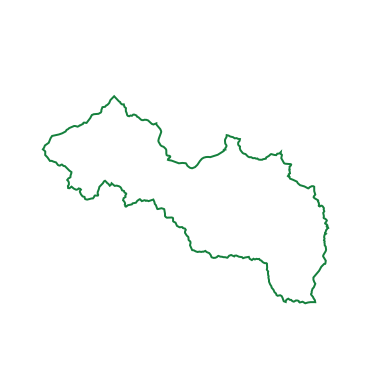 outline of Mae On, Chiang Mai, Thailand, rotated 111°
{"feature_id": "78962969B29655257456650", "entity_name": "Mae On", "entity_type": "district", "adm_level": 2, "iso_a3": "THA", "parent_name": "Thailand", "parent_adm1": "Chiang Mai", "projection": "albers", "projection_center": [99.293, 18.727], "detail": "fine", "context": "isolated", "style": "outline", "palette": "green", "viewbox_px": 384, "rotation_deg": 111, "n_neighbors": 0, "source": "geoboundaries", "source_scale": "gbopen_adm2", "svg_char_len": 6033}
<svg xmlns="http://www.w3.org/2000/svg" viewBox="0 0 384 384"><g transform="rotate(111 192 192)"><path d="M130.5,299.0L135.4,301.1L138.6,301.2L141.0,302.2L141.9,303.1L143.6,303.7L144.9,306.0L147.9,306.0L149.3,305.5L150.4,305.6L152.5,307.3L154.6,311.6L156.1,313.1L159.5,313.5L165.3,315.2L165.9,317.7L166.3,318.1L167.8,318.3L168.6,319.3L169.7,320.0L170.1,320.8L171.1,321.3L172.0,322.2L172.2,324.4L172.6,325.7L176.4,329.6L177.7,330.2L178.9,331.3L180.8,331.7L183.7,334.2L186.0,336.9L189.8,342.7L192.5,343.3L197.4,343.4L201.3,346.0L203.7,346.0L205.6,346.5L206.4,344.2L206.8,343.5L210.1,342.3L211.5,339.3L213.9,335.8L213.2,334.1L213.3,332.2L213.1,329.5L214.8,326.9L214.9,325.7L214.7,324.8L213.2,323.7L213.0,323.0L213.7,321.4L213.4,319.9L216.0,314.1L216.6,311.7L217.6,311.4L220.1,311.3L221.7,310.8L222.7,311.4L223.5,312.2L225.5,312.8L226.4,311.1L227.6,310.2L229.3,309.6L230.9,310.0L232.7,309.0L232.4,307.8L230.2,306.4L231.2,303.5L231.4,301.1L231.1,300.4L230.3,299.5L229.3,299.1L229.1,297.4L229.6,296.5L230.9,296.9L232.0,296.8L234.0,294.8L235.3,292.6L235.1,290.6L236.5,289.6L236.9,289.1L236.7,287.2L236.3,286.6L234.0,283.4L233.5,282.2L231.9,281.7L230.5,281.6L230.0,281.3L229.3,279.0L228.9,278.5L228.2,278.6L227.1,279.6L225.8,280.0L222.7,280.0L220.4,280.3L215.7,278.3L213.7,278.0L212.7,277.2L213.5,275.2L214.1,274.3L214.3,273.1L215.6,271.0L214.1,270.2L212.7,270.2L214.0,266.4L213.0,264.5L212.8,262.1L213.1,260.6L213.8,259.5L215.5,257.9L215.4,255.9L216.6,254.9L217.0,252.9L217.4,252.7L219.3,253.0L220.4,252.3L222.3,253.6L224.4,253.4L225.2,251.8L226.5,250.4L228.0,250.2L228.4,249.4L229.3,249.1L229.4,248.8L229.1,248.1L227.3,247.1L225.1,243.7L223.9,243.4L222.1,240.5L219.8,239.9L217.5,238.3L217.4,237.9L218.5,235.6L216.7,233.4L216.6,232.6L216.8,231.8L216.1,231.1L216.1,229.3L212.9,225.4L214.7,223.6L216.5,222.4L217.2,221.0L220.2,218.4L220.2,217.8L218.1,214.7L217.9,212.1L218.1,211.7L221.8,209.5L224.1,208.6L224.8,207.4L225.0,206.3L223.1,201.9L223.0,200.7L223.5,200.2L226.0,199.2L226.3,198.6L226.5,196.4L229.0,193.9L229.4,191.0L228.3,188.7L228.4,188.1L228.9,187.5L228.7,185.4L229.6,184.2L231.1,184.4L232.6,183.9L234.6,181.2L235.2,179.5L236.0,178.9L237.6,178.2L238.2,177.7L238.7,176.1L238.9,175.8L240.1,175.1L242.4,174.8L246.2,171.0L245.8,169.4L246.1,167.3L246.0,165.3L245.0,163.7L244.6,161.8L243.9,160.8L243.7,160.0L242.2,158.4L242.8,156.9L242.9,154.0L244.2,151.9L245.6,150.7L245.9,150.2L245.8,148.2L245.0,146.6L243.8,145.4L242.9,145.1L242.2,144.5L242.2,142.3L241.7,140.8L241.6,139.4L240.9,137.3L240.8,135.6L240.5,135.3L238.2,134.5L236.8,132.9L237.0,129.5L236.1,129.2L235.4,127.8L235.6,125.0L234.9,122.0L235.5,120.6L234.2,119.1L232.2,115.7L233.7,114.2L234.1,111.7L232.3,110.7L232.4,109.1L231.3,107.9L231.0,106.3L230.4,105.3L231.2,104.0L231.2,102.6L232.0,101.1L232.3,99.8L232.3,98.4L231.8,97.1L232.0,96.4L235.8,94.7L237.7,94.3L238.9,92.4L240.1,92.2L242.5,91.0L243.1,90.3L244.5,90.0L246.7,88.5L248.1,88.0L250.3,85.9L251.5,84.2L252.8,83.3L254.0,81.0L256.0,79.0L256.6,77.3L257.9,76.2L258.2,74.9L256.8,72.7L257.0,71.1L258.1,69.8L261.1,67.2L261.1,65.1L259.8,65.4L258.6,65.1L257.1,63.9L257.6,62.0L257.2,60.7L257.7,59.9L258.0,58.1L257.8,57.5L256.0,56.1L255.5,54.5L255.5,53.4L256.3,52.6L256.5,51.8L254.8,49.4L255.3,46.4L253.5,44.0L252.2,41.6L250.7,37.5L249.0,38.5L247.6,40.5L246.7,41.3L245.1,44.0L244.6,44.3L243.3,44.1L242.1,44.6L239.1,44.8L237.4,44.1L233.5,44.0L232.2,45.6L230.4,47.2L228.3,48.0L220.0,45.1L215.5,44.5L211.8,42.9L211.3,41.9L210.8,41.9L208.2,42.5L205.1,46.5L204.6,46.7L203.3,46.7L199.4,46.0L197.9,46.1L195.1,47.6L194.2,49.0L192.3,49.8L191.7,50.3L190.4,50.5L189.8,51.5L188.1,51.5L186.8,52.5L185.1,52.8L184.2,52.8L183.0,52.0L182.7,53.1L182.4,53.2L181.6,52.9L179.4,53.1L178.6,52.7L177.6,52.6L176.8,51.9L176.2,52.4L176.3,53.4L176.0,53.9L175.5,54.0L174.8,53.6L174.5,53.8L174.0,54.7L173.7,56.4L172.9,56.5L171.6,56.0L170.3,55.9L169.7,56.7L169.2,58.6L169.2,59.5L168.9,59.9L167.3,60.2L164.5,62.0L162.6,61.6L161.1,62.8L159.8,63.1L158.6,64.8L158.3,66.0L158.7,66.8L159.7,67.5L159.6,68.6L159.3,68.8L157.8,69.0L157.3,69.5L156.6,69.8L155.7,71.0L155.0,71.0L154.6,71.3L153.9,75.3L153.4,76.5L152.5,76.7L150.2,76.0L147.4,78.2L143.3,79.8L143.1,80.7L143.7,82.3L145.4,83.9L146.8,84.5L147.0,85.1L146.5,89.0L146.9,93.6L145.9,96.3L144.7,97.8L144.4,102.1L144.4,105.2L143.3,106.4L143.0,107.4L142.6,106.9L142.1,107.8L141.8,107.4L140.6,108.0L139.5,107.2L136.8,108.8L136.3,108.8L136.3,109.2L134.6,109.5L133.4,110.0L131.8,109.2L130.8,109.3L130.6,109.8L132.2,115.2L132.1,116.4L128.4,120.8L125.2,121.3L125.0,121.5L124.8,122.5L123.8,123.2L122.9,123.4L124.7,124.2L125.7,126.1L127.4,126.6L127.9,128.4L128.2,131.5L128.6,132.1L130.7,133.1L133.2,135.1L134.4,135.0L136.0,137.5L136.7,138.0L137.7,140.7L137.8,141.7L137.3,142.9L137.9,144.0L137.8,145.5L138.6,147.2L138.3,149.3L139.0,151.1L138.8,152.6L137.4,155.6L137.6,157.7L137.4,158.7L135.6,161.7L134.1,163.0L132.3,163.5L131.8,165.2L130.8,166.1L129.1,166.6L127.2,165.9L125.4,166.2L125.9,168.1L125.7,169.6L126.6,171.4L126.1,173.3L126.5,176.2L126.2,178.1L126.5,180.0L128.4,179.5L131.0,179.9L132.3,179.6L134.9,178.3L136.0,176.7L136.4,176.4L137.3,176.2L139.2,176.6L140.4,176.0L140.9,177.2L141.4,177.4L141.7,176.9L142.4,177.1L148.0,181.3L152.9,187.4L153.5,189.6L154.4,191.5L155.8,193.4L157.5,194.7L160.2,195.7L164.7,196.7L167.7,198.1L169.8,200.4L170.1,202.4L169.9,203.4L169.2,205.6L167.5,207.7L167.4,208.2L168.3,211.4L169.9,214.5L170.0,222.4L170.6,225.3L170.6,226.0L169.5,226.1L167.4,224.9L166.6,225.1L166.3,225.9L166.8,228.0L166.6,228.9L165.4,229.7L162.4,230.9L161.6,231.4L161.0,232.3L160.0,234.7L160.0,236.8L159.6,238.1L157.0,241.3L156.1,241.8L154.1,242.1L147.4,242.2L146.4,242.5L144.7,244.1L142.0,249.0L141.5,249.6L140.7,249.9L142.8,252.2L142.8,254.0L140.9,258.7L141.0,260.6L141.6,262.3L142.2,262.9L142.8,264.4L142.7,265.7L141.5,268.6L141.3,270.5L140.5,271.2L140.4,273.5L140.8,274.6L142.4,275.4L142.6,276.8L143.8,277.8L143.9,279.3L143.4,280.1L141.2,281.7L140.6,282.5L138.9,283.3L137.4,283.7L136.7,285.6L134.6,287.1L135.3,288.5L134.8,290.4L133.8,291.3L133.6,292.6L130.5,299.0Z" fill="none" stroke="#15803d" stroke-width="2"/></g></svg>